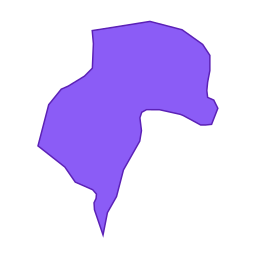 the Municipality of Podvelka, rotated 354°
{"feature_id": "SVN-214", "entity_name": "Podvelka", "entity_type": "Municipality", "adm_level": 1, "iso_a3": "SVN", "parent_name": "Slovenia", "parent_adm1": "", "projection": "albers", "projection_center": [15.369, 46.578], "detail": "fine", "context": "isolated", "style": "filled", "palette": "violet", "viewbox_px": 256, "rotation_deg": 354, "n_neighbors": 0, "source": "natural_earth", "source_scale": "10m", "svg_char_len": 644}
<svg xmlns="http://www.w3.org/2000/svg" viewBox="0 0 256 256"><g transform="rotate(354 128 128)"><path d="M161.0,24.3L192.1,36.0L210.9,52.6L211.0,52.7L217.0,64.3L215.4,79.5L212.0,90.7L210.3,99.0L210.4,105.9L216.2,109.2L219.4,117.8L211.5,133.1L205.6,133.1L200.6,132.6L184.3,121.4L181.5,119.9L161.2,113.1L148.3,111.7L143.3,113.8L140.9,119.1L141.1,132.1L138.3,142.3L119.1,169.2L109.4,195.0L98.7,210.0L92.0,231.7L86.1,205.8L86.4,198.8L88.9,194.7L89.7,190.4L86.4,185.7L69.9,176.3L61.1,160.2L36.6,136.4L51.6,96.5L65.7,82.4L72.9,80.1L90.1,71.9L98.8,64.8L102.4,40.5L102.6,27.4L161.0,24.3Z" fill="#8b5cf6" stroke="#5b21b6" stroke-width="1.5"/></g></svg>